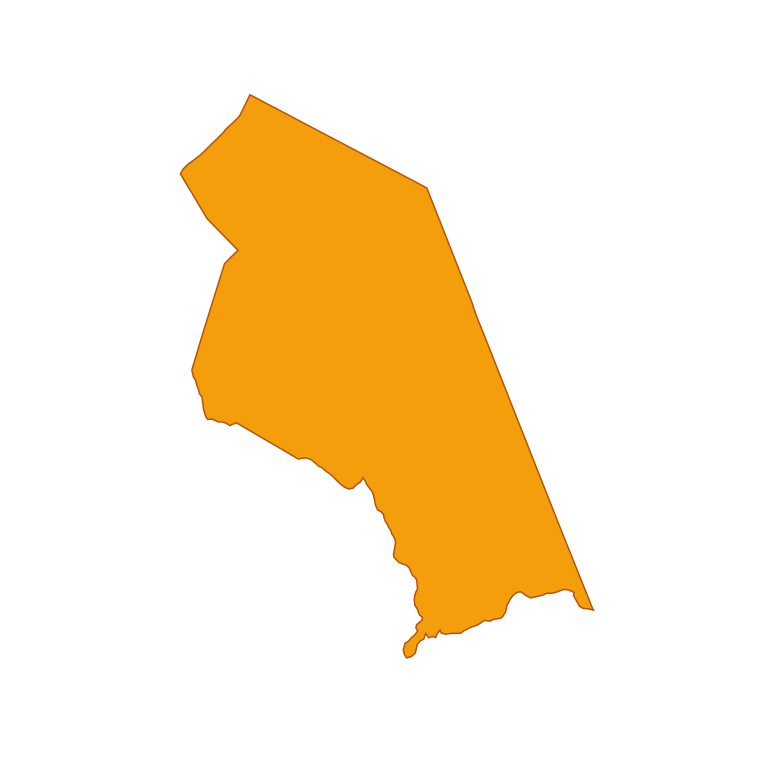 Iuiu, Bahia, Brazil, rotated 320°
{"feature_id": "56859067B30006317173960", "entity_name": "Iuiu", "entity_type": "district", "adm_level": 2, "iso_a3": "BRA", "parent_name": "Brazil", "parent_adm1": "Bahia", "projection": "albers", "projection_center": [-43.619, -14.491], "detail": "fine", "context": "isolated", "style": "filled", "palette": "amber", "viewbox_px": 768, "rotation_deg": 320, "n_neighbors": 0, "source": "geoboundaries", "source_scale": "gbopen_adm2", "svg_char_len": 2558}
<svg xmlns="http://www.w3.org/2000/svg" viewBox="0 0 768 768"><g transform="rotate(320 384 384)"><path d="M499.4,389.0L504.0,377.5L542.8,261.3L507.5,174.8L495.7,146.0L467.2,76.2L460.3,79.4L453.0,82.6L445.8,85.8L440.2,86.5L434.6,86.8L426.5,87.2L423.6,87.9L419.1,88.3L413.8,88.9L410.8,89.0L406.5,89.3L403.3,89.6L399.9,89.8L396.0,90.2L392.8,90.3L389.9,90.5L386.7,90.3L383.4,90.2L380.0,90.0L376.1,89.7L371.9,89.9L368.0,90.3L363.0,92.3L362.5,95.8L361.7,100.9L360.9,105.7L360.3,109.4L359.6,114.2L358.8,118.8L358.3,122.2L357.5,126.2L357.0,129.9L356.5,132.9L356.1,135.5L355.6,138.8L354.9,142.8L354.9,145.9L358.1,187.7L348.6,188.4L339.2,189.3L276.7,229.4L246.0,249.6L244.4,252.3L242.5,256.3L242.2,259.7L240.7,262.6L239.2,266.3L238.2,269.4L236.4,272.6L236.1,277.2L233.6,280.9L232.1,283.4L229.7,287.0L227.5,291.9L226.4,295.3L226.3,298.1L228.9,299.5L230.9,302.5L232.7,306.6L235.5,308.7L237.7,312.3L239.3,316.8L242.4,317.7L246.0,318.8L269.2,383.8L270.1,386.4L274.1,388.5L277.2,391.0L279.1,394.1L280.2,397.5L280.6,401.1L281.2,404.9L282.5,407.7L283.6,413.8L284.4,416.8L285.3,421.5L285.6,425.1L285.9,428.9L286.3,432.2L287.6,438.2L289.6,441.8L293.2,443.8L296.6,443.6L299.8,443.6L303.1,443.9L307.6,442.3L307.4,446.0L306.2,449.6L306.0,453.9L305.7,458.9L304.6,462.1L302.7,465.9L299.4,471.9L298.2,476.3L299.8,480.3L299.7,483.9L298.2,486.1L296.9,489.7L296.4,493.7L295.4,496.9L295.0,501.0L293.6,503.8L293.3,507.3L292.2,511.0L290.4,513.3L287.2,516.2L284.2,518.6L282.0,520.4L280.4,522.6L280.5,526.7L280.7,530.1L282.9,534.4L284.5,536.8L285.1,541.1L284.0,544.5L282.9,549.0L283.5,553.0L282.7,555.8L280.8,558.4L278.1,562.3L273.9,564.3L271.4,566.0L268.8,568.4L266.8,571.2L265.3,573.6L265.0,577.7L263.6,581.0L262.7,584.1L263.5,587.1L261.6,589.3L257.8,589.3L254.3,589.3L251.6,591.4L251.2,594.7L248.4,595.5L245.4,596.0L241.6,596.0L238.1,596.7L233.4,596.2L230.6,598.2L227.8,600.1L225.9,604.1L225.2,608.3L229.7,610.4L235.1,610.2L242.0,605.0L246.7,604.1L250.3,605.0L255.6,602.0L255.0,607.1L258.6,608.4L260.6,611.5L263.9,609.6L268.6,608.6L267.8,611.7L270.2,615.1L275.4,618.4L282.4,624.2L286.3,624.4L293.3,625.9L301.2,628.8L308.9,629.6L312.6,633.7L316.5,634.7L322.4,638.2L325.2,638.6L330.7,636.7L336.2,632.4L344.0,629.5L347.2,628.9L352.1,629.2L355.2,631.1L356.9,637.5L358.9,642.2L366.9,646.3L370.4,647.9L374.1,648.9L377.8,652.0L381.4,653.9L389.7,656.9L393.0,660.4L395.7,665.8L393.2,667.8L390.9,680.1L392.3,684.0L395.6,687.1L399.1,691.8L400.0,688.4L429.0,600.0L464.6,493.5L479.7,448.2L480.6,445.4L488.1,423.2L496.5,397.6L499.4,389.0Z" fill="#f59e0b" stroke="#b45309" stroke-width="1.5"/></g></svg>